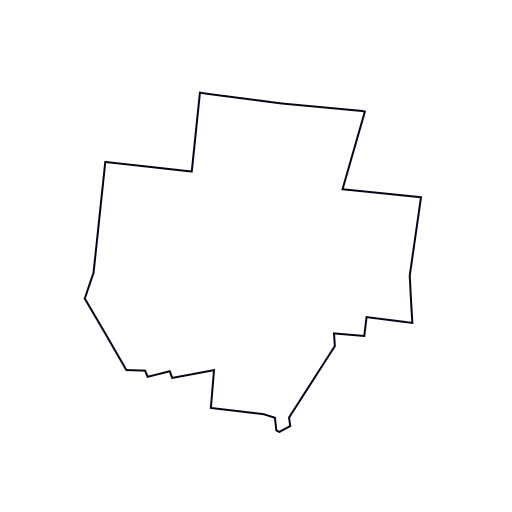 outline of Lamoille, Vermont, United States of America, rotated 249°
{"feature_id": "52423323B54117752265696", "entity_name": "Lamoille", "entity_type": "district", "adm_level": 2, "iso_a3": "USA", "parent_name": "United States of America", "parent_adm1": "Vermont", "projection": "orthographic", "projection_center": [-72.691, 44.6], "detail": "fine", "context": "isolated", "style": "outline", "palette": "ink", "viewbox_px": 512, "rotation_deg": 249, "n_neighbors": 0, "source": "geoboundaries", "source_scale": "gbopen_adm2", "svg_char_len": 587}
<svg xmlns="http://www.w3.org/2000/svg" viewBox="0 0 512 512"><g transform="rotate(249 256 256)"><path d="M298.5,98.3L289.1,90.4L277.6,80.9L238.3,87.4L196.0,94.1L188.7,111.4L182.1,111.5L179.3,134.2L172.2,134.1L164.5,175.9L130.3,159.4L105.6,206.4L98.2,215.7L85.9,212.5L83.4,214.7L85.0,227.0L93.4,229.0L143.6,297.3L155.8,301.1L142.5,328.4L159.3,337.3L137.5,378.0L158.4,384.6L182.6,392.5L251.7,431.1L287.3,360.7L351.8,409.4L353.3,407.1L387.9,337.2L390.6,332.0L424.5,269.3L428.6,262.2L357.9,226.3L361.4,219.4L397.8,149.0L298.5,98.3Z" fill="none" stroke="#020617" stroke-width="2"/></g></svg>